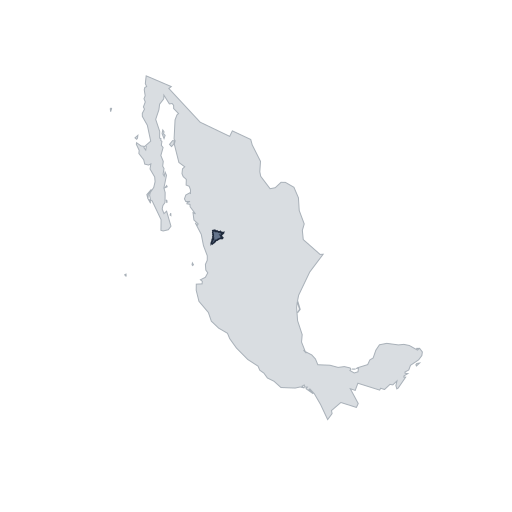 San Dimas, Durango, Mexico shown in context, rotated 24°
{"feature_id": "50627088B11523678727998", "entity_name": "San Dimas", "entity_type": "district", "adm_level": 2, "iso_a3": "MEX", "parent_name": "Mexico", "parent_adm1": "Durango", "projection": "orthographic", "projection_center": [-105.745, 24.115], "detail": "fine", "context": "in_parent", "style": "filled", "palette": "slate", "viewbox_px": 512, "rotation_deg": 24, "n_neighbors": 0, "source": "geoboundaries", "source_scale": "gbopen_adm2", "svg_char_len": 6270}
<svg xmlns="http://www.w3.org/2000/svg" viewBox="0 0 512 512"><g transform="rotate(24 256 256)"><path d="M82.4,136.1L109.7,135.7L108.2,138.4L150.6,156.5L183.3,157.4L183.5,151.3L203.8,151.7L207.3,156.0L221.6,167.7L225.2,177.5L227.9,181.3L241.5,188.8L245.8,185.8L248.9,178.5L252.9,176.8L262.7,177.8L271.1,185.6L277.0,196.9L287.0,207.1L287.9,213.7L292.5,221.8L313.9,228.5L316.6,227.1L311.6,248.8L310.9,274.4L312.1,279.8L318.1,286.8L317.1,290.9L317.3,286.9L312.3,280.9L314.1,286.6L320.3,298.2L330.2,309.1L332.6,316.1L339.5,322.9L337.7,322.8L341.5,324.3L340.3,323.3L347.2,323.7L352.2,325.9L356.7,330.2L368.0,325.7L376.3,324.4L381.7,321.1L387.5,320.0L388.7,320.9L388.4,322.4L393.3,322.9L396.3,320.3L395.2,316.7L393.7,317.8L394.0,317.0L402.2,309.8L402.3,304.6L404.5,301.5L403.8,293.2L404.9,286.9L411.0,282.6L422.3,279.3L427.0,276.6L432.5,275.4L441.8,276.3L442.4,274.9L440.0,275.2L443.0,273.8L447.0,276.0L448.0,279.5L446.8,284.7L441.6,293.0L441.9,298.0L439.3,301.4L439.9,302.5L442.5,301.7L440.0,305.2L440.2,306.5L442.0,305.8L439.6,318.8L438.7,320.1L436.5,317.5L435.6,312.8L433.4,318.1L430.6,318.8L427.7,325.7L423.7,326.1L423.5,328.2L400.8,330.8L401.3,338.4L396.1,338.9L409.4,349.2L409.3,353.5L393.1,355.3L387.8,366.5L389.6,369.0L388.0,376.3L375.4,365.4L365.3,358.1L359.3,355.5L358.7,356.3L364.3,358.6L355.7,356.9L356.2,354.9L354.0,355.9L352.5,354.2L351.0,356.2L353.9,356.9L349.6,357.7L345.5,360.7L332.3,366.0L323.4,363.1L316.0,362.8L310.9,359.8L305.9,358.8L302.7,355.8L290.6,353.9L275.5,348.0L265.6,342.2L261.4,338.2L251.3,337.1L241.7,333.7L235.5,327.0L222.3,320.6L215.3,311.6L212.9,306.0L218.1,303.4L217.3,301.0L214.9,300.3L218.4,296.1L218.8,291.0L215.9,289.3L213.2,284.3L213.2,279.7L211.4,275.6L203.8,267.9L197.2,258.5L187.0,250.4L189.9,251.9L190.1,250.2L184.7,248.4L180.8,242.0L183.6,242.2L175.8,237.8L174.7,235.7L171.7,236.4L171.3,235.4L173.5,233.0L169.7,234.8L167.4,232.9L167.1,228.8L169.9,225.1L170.9,225.9L169.1,222.0L166.6,219.5L163.3,219.6L161.2,214.4L157.2,213.1L154.9,210.9L153.4,206.3L154.6,203.5L147.5,201.9L135.9,187.1L135.3,183.7L133.6,182.5L126.7,164.6L126.4,159.2L127.3,157.4L120.8,154.8L119.5,151.9L117.4,150.8L115.0,152.3L106.4,146.5L107.8,150.0L106.2,156.5L107.8,161.9L108.8,172.0L117.4,181.4L120.0,187.5L121.4,187.4L122.0,189.2L123.4,189.5L124.5,193.4L127.0,194.7L128.2,202.9L132.8,207.3L134.2,211.9L136.4,213.5L137.8,219.0L139.7,220.4L138.8,216.3L141.4,218.7L144.2,231.3L147.2,235.0L151.1,244.1L150.4,247.8L151.2,251.3L154.7,254.7L156.1,251.4L166.2,263.4L165.2,267.7L161.0,270.9L158.7,271.2L154.5,261.4L138.7,247.9L137.2,248.0L134.1,243.8L133.6,241.0L134.7,235.0L133.6,229.2L131.3,225.0L123.8,219.6L122.5,214.6L120.9,216.6L117.0,217.3L114.3,213.8L107.3,210.0L106.3,207.0L101.2,202.6L100.8,201.1L106.3,202.2L109.6,201.2L109.5,202.6L112.2,204.1L111.3,200.7L110.1,200.4L113.1,193.9L103.6,180.8L95.4,174.7L94.1,171.9L94.4,167.2L92.5,165.6L92.2,160.3L89.7,157.9L89.6,154.7L86.3,149.6L85.9,147.2L87.2,145.7L84.8,143.6L82.4,136.1ZM135.4,187.3L134.3,190.4L131.6,189.2L132.9,184.5L134.6,184.0L135.4,187.3ZM124.2,186.1L120.4,182.4L119.6,178.8L121.5,180.0L121.9,182.1L123.9,182.7L124.2,186.1ZM447.3,291.2L446.3,290.3L446.6,288.8L449.0,287.2L447.3,291.2ZM134.1,247.8L131.3,244.3L133.3,237.7L132.6,243.7L134.1,247.8ZM99.5,197.9L97.4,197.3L99.0,193.8L99.8,196.5L99.5,197.9ZM64.5,183.3L63.0,180.8L63.4,179.9L64.1,180.0L64.5,183.3ZM136.6,248.0L138.2,250.7L134.6,248.0L136.6,248.0ZM202.4,289.4L202.0,290.5L201.1,290.0L200.7,288.2L202.4,289.4ZM152.3,241.8L153.0,243.8L151.1,241.2L152.3,241.8ZM145.7,228.0L146.7,228.9L145.1,230.7L145.7,228.0ZM145.5,327.1L144.8,327.3L143.7,326.5L144.6,325.4L145.5,327.1ZM391.5,319.6L389.5,320.3L392.9,318.8L391.5,319.6ZM161.8,253.7L160.8,253.5L160.7,251.5L161.8,253.7Z" fill="#d9dde1" stroke="#a8b0b8" stroke-width="1"/><path d="M206.9,252.3L207.7,253.1L207.8,253.2L207.9,253.3L207.9,253.5L207.9,254.0L208.3,254.0L208.4,254.3L208.5,254.4L208.5,254.5L208.6,254.8L208.8,255.0L208.8,255.3L208.9,255.5L208.8,255.8L208.7,256.0L208.8,256.1L208.8,256.3L209.0,256.4L209.1,256.5L209.3,256.6L209.4,256.8L209.5,256.8L209.7,257.0L209.8,257.0L209.5,257.7L210.0,257.7L210.3,257.9L210.3,258.0L210.5,258.1L210.6,258.3L210.5,258.5L210.3,258.6L209.4,258.2L209.3,259.1L209.6,259.8L209.6,259.7L209.7,259.8L209.7,260.0L209.8,260.2L209.8,260.3L210.0,260.5L209.8,260.7L209.8,260.8L209.7,261.3L209.9,262.6L210.1,263.0L210.2,262.5L210.6,262.4L210.7,262.6L210.7,262.4L211.1,262.2L211.2,262.5L211.3,262.6L211.4,262.4L211.4,262.2L211.4,261.9L211.6,261.6L211.8,261.6L212.1,261.3L212.1,261.0L212.1,260.8L212.2,260.6L212.2,260.3L212.5,260.0L212.4,259.9L212.5,259.8L212.6,260.0L212.9,259.4L212.5,259.3L212.6,258.3L212.6,258.2L214.1,257.4L214.1,256.8L214.1,256.6L214.3,256.5L214.4,256.4L214.5,256.3L214.6,256.2L214.8,256.0L215.0,256.0L215.0,255.9L215.2,255.5L215.2,255.4L215.3,255.3L215.3,255.2L215.5,255.1L215.7,254.9L215.8,254.9L216.0,254.8L216.0,254.7L216.1,254.4L215.8,254.5L216.2,254.2L216.4,254.3L216.6,254.0L216.8,254.1L217.0,253.9L217.4,254.1L217.8,254.0L218.1,253.8L218.3,252.9L218.1,252.8L218.1,252.7L217.0,252.3L216.9,252.3L216.7,252.3L216.7,252.2L216.4,252.0L216.3,251.8L216.2,251.9L215.9,251.8L215.7,251.9L215.7,252.0L215.4,251.8L215.5,251.8L215.6,251.7L215.8,251.5L215.9,251.4L216.0,251.2L216.0,250.9L216.0,250.7L215.9,250.7L215.7,250.6L215.6,250.1L215.2,249.8L215.2,249.7L215.5,249.8L216.0,249.8L216.4,249.7L216.5,249.6L216.2,249.2L216.3,249.2L216.5,249.0L216.5,248.9L216.6,248.7L216.8,248.5L216.8,248.4L217.0,248.3L217.0,248.2L216.8,248.1L216.8,247.7L216.1,248.3L215.9,248.3L216.1,248.5L215.6,248.2L215.4,248.2L215.1,248.5L214.7,248.5L214.5,248.4L214.4,248.5L214.2,248.6L214.0,248.4L213.8,248.4L213.7,248.4L213.6,248.6L213.3,248.6L213.2,248.3L212.9,248.7L212.4,248.9L212.5,249.4L212.1,249.4L212.0,249.0L211.2,249.1L210.8,249.1L210.7,249.1L210.7,249.3L210.4,249.5L210.3,249.4L210.1,249.6L209.8,249.5L209.7,249.5L209.7,249.4L209.6,249.5L209.5,249.4L209.4,249.5L209.3,249.4L209.2,249.4L208.9,249.4L209.0,249.5L209.0,249.9L209.0,250.1L208.8,250.2L208.6,250.1L208.3,249.6L208.0,249.8L207.9,249.8L207.7,249.8L207.6,249.7L207.4,249.7L207.3,249.8L207.3,249.7L207.2,249.8L207.1,249.7L206.9,249.7L207.1,249.8L206.6,250.0L206.7,250.3L206.3,250.5L206.5,250.7L206.7,250.9L206.8,251.9L206.9,252.3L206.9,252.3Z" fill="#64748b" stroke="#1e293b" stroke-width="1.5"/></g></svg>